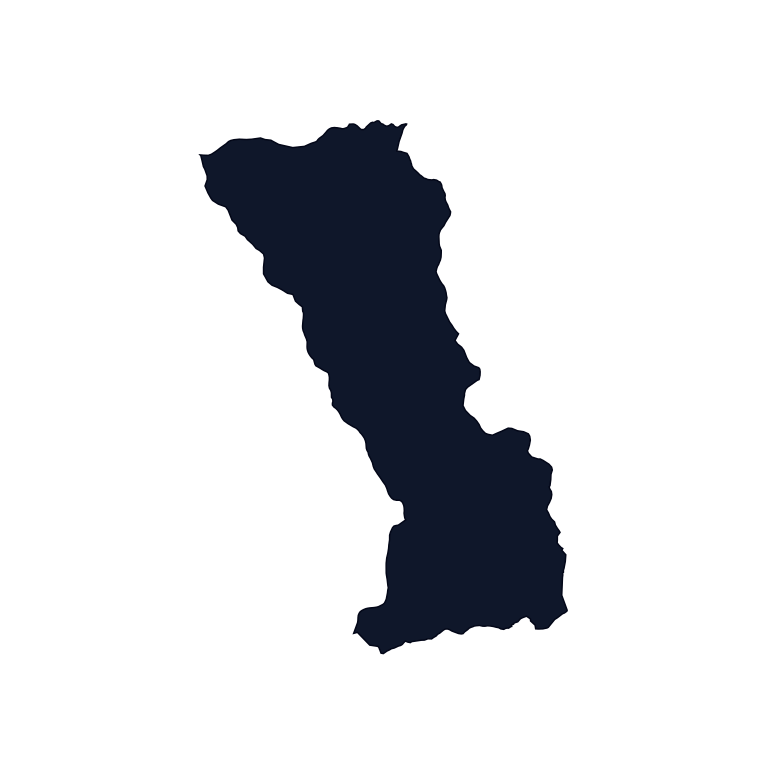 Khoma, Lhuntshi, Bhutan, rotated 144°
{"feature_id": "84629894B14168855768935", "entity_name": "Khoma", "entity_type": "district", "adm_level": 2, "iso_a3": "BTN", "parent_name": "Bhutan", "parent_adm1": "Lhuntshi", "projection": "mercator", "projection_center": [91.309, 27.836], "detail": "fine", "context": "isolated", "style": "filled", "palette": "ink", "viewbox_px": 768, "rotation_deg": 144, "n_neighbors": 0, "source": "geoboundaries", "source_scale": "gbopen_adm2", "svg_char_len": 6160}
<svg xmlns="http://www.w3.org/2000/svg" viewBox="0 0 768 768"><g transform="rotate(144 384 384)"><path d="M555.1,200.1L551.5,198.7L549.0,181.1L543.2,175.4L543.0,173.9L543.1,173.4L543.6,171.8L543.7,171.1L544.6,168.0L543.0,166.3L538.5,166.2L536.0,165.7L533.6,165.5L530.9,164.4L526.3,163.5L524.5,162.8L523.2,162.6L522.1,162.6L520.2,163.1L517.8,163.5L516.6,161.4L514.7,159.3L513.0,159.3L504.4,154.8L501.7,153.0L498.3,152.1L495.3,149.8L492.8,149.8L489.9,149.5L487.7,150.0L485.2,149.7L480.2,150.0L478.2,149.6L476.2,148.1L475.2,146.4L474.3,144.3L472.6,141.7L470.4,138.4L468.4,136.4L466.8,135.6L464.4,136.1L460.9,136.1L458.5,136.4L456.5,136.0L454.7,135.4L453.4,135.2L451.4,134.2L448.6,132.5L446.6,130.2L444.8,128.8L442.3,127.5L440.5,126.0L438.1,123.6L436.2,121.3L434.5,119.5L433.4,117.2L431.3,115.1L429.6,114.9L428.0,114.3L426.8,113.3L425.0,113.1L424.4,113.4L423.2,112.8L422.4,114.2L420.4,113.6L420.2,114.0L418.6,114.0L415.6,113.0L411.6,113.9L409.2,113.5L405.2,112.4L403.6,108.0L404.7,106.1L403.5,100.1L405.2,96.8L403.2,95.1L399.3,92.5L395.5,90.8L394.1,90.6L384.3,93.2L381.1,93.0L374.6,93.2L372.6,92.7L369.7,92.7L368.8,93.3L364.4,108.6L353.4,122.5L351.6,124.4L350.7,126.0L349.5,126.2L348.4,127.8L346.7,129.1L341.6,133.9L337.3,139.0L337.9,144.9L336.1,145.8L336.9,147.9L337.3,151.1L337.3,153.7L335.6,155.7L333.1,159.1L328.8,160.5L328.6,162.3L328.6,165.4L328.3,169.1L327.1,172.2L327.8,176.1L327.7,179.2L326.8,183.0L326.4,186.7L323.5,189.2L319.7,191.0L316.0,193.2L313.3,195.9L311.8,198.7L311.6,201.5L310.9,203.7L309.5,204.2L305.4,208.5L302.0,212.8L298.4,215.5L297.3,218.2L297.7,222.2L300.2,228.6L301.7,231.5L303.6,232.9L307.4,238.1L307.9,243.3L307.2,245.7L305.3,246.8L302.3,249.1L298.6,252.6L296.8,256.1L296.5,258.8L299.1,263.3L303.5,267.7L306.7,272.9L309.5,275.3L316.4,276.6L321.6,277.8L326.4,278.8L329.5,282.2L331.0,284.5L331.6,288.2L331.7,291.6L330.9,295.4L330.8,299.4L331.2,303.5L332.8,308.0L333.7,314.7L332.8,320.1L328.3,325.0L325.5,327.6L324.4,329.1L321.3,331.6L318.3,332.3L306.5,332.2L304.5,331.7L301.2,334.6L299.0,337.4L297.8,339.7L297.8,341.5L300.6,345.6L302.3,351.1L302.1,353.3L301.6,356.8L299.6,364.3L299.6,368.2L301.0,373.0L301.0,377.5L294.2,380.8L294.7,384.0L294.8,387.9L294.5,391.8L294.5,395.6L292.9,404.9L291.9,407.5L287.8,412.1L283.9,415.3L282.4,416.8L281.4,419.0L280.1,421.4L279.2,423.7L278.4,426.1L278.0,428.5L278.2,430.7L278.1,433.0L277.9,435.3L276.6,442.2L275.9,444.3L273.4,446.5L271.7,447.7L269.5,448.7L267.4,450.1L265.6,451.1L263.3,453.1L260.5,456.6L259.1,458.5L258.0,463.0L256.8,465.3L253.0,471.0L251.6,472.7L250.2,473.9L247.6,475.5L244.8,476.3L242.5,476.9L239.2,478.6L231.6,481.6L230.1,482.9L228.9,484.2L228.5,487.0L228.0,489.2L227.3,491.2L226.8,494.8L226.3,496.7L225.1,499.0L223.6,500.6L222.8,502.2L222.5,504.6L221.7,508.6L220.5,510.9L220.2,511.9L219.9,514.4L220.7,515.5L221.2,517.0L221.7,518.1L223.7,520.2L225.3,520.9L228.4,523.7L229.5,525.6L230.6,527.0L231.6,530.9L232.2,532.4L232.3,533.9L232.9,537.1L233.7,540.7L233.3,544.1L232.4,546.1L232.0,547.5L231.4,548.7L231.0,550.8L230.2,553.4L230.1,554.7L229.9,556.3L229.9,557.1L232.4,560.3L233.6,562.1L236.7,564.9L236.5,565.4L235.1,566.2L229.2,571.4L222.2,576.2L219.3,578.6L217.2,579.7L215.3,580.4L213.6,580.5L212.9,581.0L213.4,581.6L217.4,583.3L219.3,583.4L221.0,583.3L222.4,583.8L222.7,584.1L223.5,585.2L224.0,586.2L224.2,588.6L225.2,590.1L227.0,590.1L228.4,590.2L229.7,590.7L230.7,591.4L231.7,593.3L232.2,595.0L233.2,596.1L233.4,597.4L233.5,599.6L234.1,600.4L235.1,601.0L238.2,601.4L238.9,601.8L239.5,602.5L241.4,603.0L247.3,602.3L248.7,601.7L250.9,601.8L252.8,603.2L253.2,604.2L254.0,608.6L254.8,610.7L255.5,611.8L256.2,612.5L259.3,614.5L260.4,613.9L260.8,613.9L261.6,613.4L262.5,613.2L263.5,613.3L266.2,614.1L267.9,615.1L268.7,616.2L271.2,618.7L273.5,620.7L276.1,622.1L278.4,622.5L280.6,622.4L282.8,621.8L287.3,620.8L292.0,620.8L293.9,620.5L295.0,620.0L296.9,620.0L301.5,621.5L308.7,623.0L318.9,628.9L328.4,639.7L331.4,645.9L332.2,647.7L336.6,651.7L339.3,655.6L347.2,659.8L351.7,662.7L357.2,667.1L361.8,669.8L364.9,671.1L367.3,671.5L370.6,671.1L377.6,671.2L381.7,671.0L385.3,671.1L388.6,671.3L391.7,672.2L395.7,675.3L398.1,677.4L398.0,676.3L399.7,672.1L402.3,666.0L402.7,663.1L404.7,656.4L406.9,653.2L412.4,649.4L414.1,642.0L414.8,636.2L414.8,633.3L412.3,626.9L407.9,620.4L407.9,616.2L410.6,605.9L409.7,600.1L410.4,596.5L412.0,593.6L411.7,590.1L409.5,585.2L409.6,581.1L408.1,574.3L407.8,568.8L406.2,565.2L405.0,560.0L406.6,556.2L412.8,549.3L416.7,543.9L417.8,534.9L416.5,529.7L413.4,524.8L411.2,520.3L408.7,514.1L405.2,510.2L405.2,509.3L406.9,503.1L405.9,498.3L404.7,494.4L407.0,490.6L407.3,489.0L408.4,487.3L410.7,484.5L412.0,483.2L415.8,478.8L417.0,477.0L418.1,474.6L418.5,472.7L419.3,470.3L420.3,465.9L421.3,463.3L424.4,459.3L425.4,457.7L426.1,456.1L426.7,454.2L427.0,452.1L427.1,450.2L427.0,447.8L426.5,445.1L428.2,440.7L428.4,438.8L426.3,434.2L425.2,431.4L424.4,429.7L423.2,427.7L422.5,425.5L423.3,423.5L424.2,421.6L425.9,419.3L427.6,417.4L429.5,415.0L430.6,412.6L430.8,410.1L431.7,407.8L434.3,404.1L434.4,401.9L435.5,400.0L437.0,398.8L438.1,397.3L438.0,394.7L437.3,392.7L436.9,390.2L436.9,388.0L437.2,385.2L437.8,382.3L438.0,380.1L437.9,377.7L436.3,372.8L434.0,367.5L432.7,365.1L432.1,363.1L431.8,360.8L431.9,358.7L431.6,356.7L431.6,354.3L431.7,351.8L432.4,349.0L433.5,346.5L436.1,342.3L436.7,340.5L437.0,338.0L437.8,336.4L438.4,334.4L438.7,331.6L439.6,327.2L441.1,323.6L441.8,321.0L441.9,318.4L442.1,314.9L442.1,310.3L442.3,305.7L442.3,301.5L442.7,299.6L443.1,297.8L443.8,295.8L444.8,292.4L445.0,289.4L444.9,287.2L444.2,284.9L442.3,282.7L439.7,280.8L438.7,278.6L438.8,276.5L439.5,273.9L440.6,271.8L442.2,269.4L443.7,267.7L444.8,265.7L445.9,263.5L446.3,261.3L455.4,261.4L457.6,262.5L459.5,263.2L461.6,262.7L465.7,260.4L468.3,258.4L471.1,254.6L474.5,251.1L477.1,248.1L480.3,244.9L484.1,241.6L487.5,237.8L489.0,235.8L493.3,229.8L494.3,228.0L496.3,224.0L499.3,218.7L500.3,216.6L502.2,214.9L504.0,212.9L508.6,208.6L510.8,207.3L512.7,206.4L514.5,206.3L519.4,207.1L521.4,207.9L523.5,209.0L527.5,211.4L529.1,212.2L530.8,212.9L532.8,213.4L534.6,213.7L536.9,213.8L538.9,213.1L540.7,212.0L542.2,210.4L544.1,208.0L545.7,206.4L555.1,200.1Z" fill="#0f172a" stroke="#020617" stroke-width="1.5"/></g></svg>